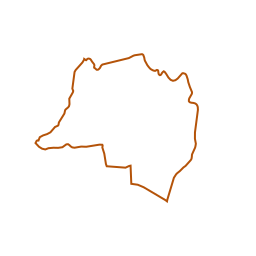 the border of Tlemcen, rotated 318°
{"feature_id": "DZA-2147", "entity_name": "Tlemcen", "entity_type": "Province", "adm_level": 1, "iso_a3": "DZA", "parent_name": "Algeria", "parent_adm1": "", "projection": "orthographic", "projection_center": [-1.349, 34.706], "detail": "fine", "context": "isolated", "style": "outline", "palette": "amber", "viewbox_px": 256, "rotation_deg": 318, "n_neighbors": 0, "source": "natural_earth", "source_scale": "10m", "svg_char_len": 2161}
<svg xmlns="http://www.w3.org/2000/svg" viewBox="0 0 256 256"><g transform="rotate(318 128 128)"><path d="M107.9,208.6L107.6,206.8L100.0,182.5L97.3,176.7L93.1,171.7L104.7,157.7L103.5,157.0L99.6,155.8L86.6,142.2L87.5,140.0L93.2,131.2L95.9,125.3L97.3,124.2L97.7,123.3L95.7,121.3L84.4,114.0L80.8,110.5L75.1,106.9L73.6,105.1L73.1,103.3L73.0,101.5L72.6,99.9L71.2,98.9L66.4,98.4L62.8,96.0L59.4,92.8L55.4,89.8L52.2,88.6L50.3,85.9L49.3,82.4L49.2,77.3L51.6,76.4L52.0,76.6L52.4,76.6L52.7,76.8L53.1,77.4L56.3,75.8L60.0,76.7L63.8,78.4L67.5,79.3L74.4,78.4L76.9,79.2L77.8,79.4L78.5,79.1L80.4,77.6L90.4,74.7L93.2,72.7L94.1,72.5L97.4,72.6L98.8,72.3L100.5,71.1L104.0,66.9L110.9,64.6L112.1,63.8L113.0,61.5L125.8,50.6L127.9,49.9L138.0,48.8L140.9,47.9L141.5,47.6L141.7,47.4L141.8,47.7L141.9,48.9L142.0,49.3L142.4,49.7L143.2,49.5L144.0,49.5L144.7,49.7L145.4,50.3L146.0,51.3L146.1,52.1L146.0,52.9L145.7,54.5L145.5,57.5L145.4,58.1L145.2,58.5L144.9,59.0L143.5,60.1L143.2,60.6L143.5,61.8L143.6,63.2L143.8,63.9L144.3,64.3L145.0,64.7L146.3,64.7L147.2,64.6L148.0,64.4L148.5,64.1L149.8,63.7L150.6,63.7L151.4,63.7L175.4,76.6L180.5,77.9L181.3,78.3L181.6,78.4L187.8,82.5L188.1,83.1L188.2,84.0L187.2,86.5L186.0,88.4L185.6,89.3L184.4,94.3L184.2,96.9L184.2,98.7L184.3,99.5L185.0,101.6L185.7,102.9L186.4,103.7L186.9,103.9L187.3,103.9L187.7,104.0L188.3,104.2L188.8,104.9L188.8,105.5L187.3,107.7L186.8,108.8L187.0,110.0L187.6,110.4L188.5,110.4L189.9,109.9L191.3,109.7L192.5,109.8L192.8,110.9L192.6,113.2L191.8,117.6L191.9,120.7L193.0,123.0L195.2,124.2L198.0,124.5L204.9,123.7L205.5,124.0L205.9,124.5L206.8,126.1L206.8,127.1L206.5,128.3L205.0,131.7L203.4,134.4L201.4,139.0L199.6,144.1L199.2,144.6L198.9,144.9L198.1,145.4L193.3,147.0L192.1,147.8L191.2,148.8L191.1,150.0L191.5,150.8L192.0,151.6L193.1,152.8L193.5,153.3L194.2,154.4L194.4,154.9L194.6,155.7L194.7,156.2L194.6,157.1L194.3,158.2L193.8,159.2L192.1,161.3L174.8,176.1L170.6,180.7L167.9,185.1L165.9,186.7L164.7,187.5L158.1,190.4L157.5,190.8L156.2,192.1L154.7,193.3L153.8,193.7L152.7,193.9L145.3,194.7L142.9,194.4L137.6,194.7L134.3,194.5L132.8,194.6L128.8,195.7L109.4,207.5L107.9,208.6Z" fill="none" stroke="#b45309" stroke-width="2"/></g></svg>